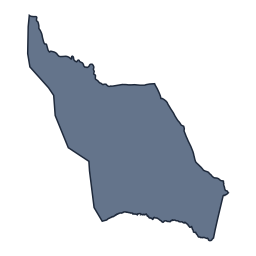 Massingir, Gaza, Mozambique
{"feature_id": "85939544B66771942168992", "entity_name": "Massingir", "entity_type": "district", "adm_level": 2, "iso_a3": "MOZ", "parent_name": "Mozambique", "parent_adm1": "Gaza", "projection": "orthographic", "projection_center": [32.187, -23.787], "detail": "fine", "context": "isolated", "style": "filled", "palette": "slate", "viewbox_px": 256, "rotation_deg": 0, "n_neighbors": 0, "source": "geoboundaries", "source_scale": "gbopen_adm2", "svg_char_len": 5717}
<svg xmlns="http://www.w3.org/2000/svg" viewBox="0 0 256 256"><path d="M29.3,15.4L28.2,26.7L27.7,53.6L29.9,66.9L48.6,87.8L53.7,95.4L55.2,115.5L68.3,147.7L88.9,161.3L89.5,170.8L94.1,207.6L102.2,221.2L106.7,220.0L107.8,219.0L108.7,218.4L109.2,218.3L110.0,217.8L110.8,217.6L111.0,217.3L111.3,217.1L111.6,217.1L111.7,216.9L112.1,216.7L112.6,216.8L112.9,216.5L113.5,216.6L114.9,215.5L115.1,215.5L115.2,215.3L115.4,215.3L115.7,214.9L116.1,215.0L116.3,214.8L116.3,214.6L116.6,214.5L116.7,214.2L117.1,214.1L117.6,214.2L118.0,213.7L118.8,213.4L118.9,213.5L119.1,213.3L119.8,213.1L121.2,212.9L121.7,213.1L121.9,212.9L122.8,212.7L122.9,212.4L123.3,212.3L123.8,212.0L124.0,211.9L124.4,212.0L124.9,211.8L125.2,211.8L125.5,211.9L125.8,212.1L126.0,212.0L126.4,212.2L126.8,212.1L127.0,212.3L127.9,212.3L128.5,212.6L129.4,212.6L129.7,212.8L130.1,212.7L130.3,212.8L130.5,213.0L130.8,213.1L131.3,213.0L132.5,213.2L132.6,213.6L132.7,213.9L133.1,213.8L133.4,214.0L133.7,213.8L133.9,214.0L134.4,214.0L135.1,214.2L135.5,214.0L136.1,214.1L136.6,214.5L137.1,214.4L137.3,214.7L137.8,213.8L138.1,213.7L138.5,213.9L139.9,213.5L140.6,213.7L140.7,213.8L140.8,214.1L141.1,214.4L141.0,214.6L141.9,214.4L142.2,214.5L142.4,214.5L142.6,214.8L143.2,214.6L143.5,214.7L143.7,214.4L143.8,214.3L144.3,214.7L144.5,214.8L144.8,214.5L145.2,214.6L145.5,214.3L145.8,214.4L146.0,214.2L146.2,214.3L146.4,214.2L146.5,214.6L147.0,215.0L147.0,215.3L147.2,215.8L147.7,215.8L147.6,216.2L148.5,216.7L148.7,217.1L149.0,217.3L149.1,217.7L149.4,217.9L150.2,218.1L150.4,218.1L150.6,217.9L150.8,217.9L151.4,218.3L152.0,218.6L152.3,219.0L152.4,219.3L152.7,219.4L153.2,218.9L153.4,217.9L153.7,217.6L153.9,217.6L154.0,217.8L154.3,217.4L154.5,217.5L154.8,217.7L155.2,217.8L156.2,218.1L156.7,217.9L157.3,218.2L158.9,219.2L159.9,220.1L161.3,220.9L161.6,221.6L162.3,221.8L162.9,222.3L163.4,222.1L163.8,221.6L164.1,221.4L164.2,221.1L165.1,220.8L166.5,220.9L167.0,221.4L167.7,221.4L168.1,221.6L168.9,221.4L169.6,221.7L170.2,221.7L170.9,221.1L170.9,220.7L171.1,220.6L171.8,220.3L172.3,220.4L172.4,219.9L172.8,219.8L173.6,220.3L174.8,220.0L176.0,220.7L177.6,220.8L178.2,221.0L178.5,221.3L178.9,221.4L179.1,221.7L179.3,221.7L180.8,221.9L181.9,221.7L182.2,221.9L182.9,222.5L183.7,222.7L183.8,222.9L184.1,223.0L184.3,223.0L184.5,222.4L184.9,222.3L185.6,222.6L186.1,223.4L186.6,223.5L186.9,223.9L187.8,224.4L188.3,225.6L189.0,226.2L189.7,227.2L190.2,227.3L191.6,226.6L191.9,227.7L192.2,228.1L192.2,228.5L192.4,228.8L192.5,229.4L193.1,230.1L193.4,231.5L193.5,232.0L194.4,232.4L195.2,232.3L195.7,232.4L195.8,233.0L196.4,233.6L196.5,234.1L197.2,234.7L197.5,235.4L197.7,235.6L198.2,236.6L198.6,236.8L198.7,237.0L198.9,237.1L199.8,237.0L200.1,237.1L200.4,237.5L200.6,237.6L201.7,237.5L202.1,237.7L202.4,237.7L202.5,237.5L203.0,237.5L203.3,237.6L203.6,237.4L204.2,237.4L204.9,237.8L205.6,238.0L206.6,238.4L207.1,238.4L207.6,238.2L208.1,238.8L208.5,239.9L208.9,240.3L209.4,240.6L210.6,240.6L211.2,240.4L211.7,240.0L212.2,239.2L212.9,238.5L213.2,238.1L213.5,238.0L215.2,229.6L217.8,218.1L223.1,195.9L223.4,195.5L224.0,195.2L224.5,195.5L224.8,195.5L225.3,194.8L225.6,194.7L226.2,194.6L227.3,193.8L227.9,193.2L228.3,192.8L228.0,192.6L227.6,191.6L227.3,191.1L226.0,190.7L225.5,190.4L225.1,189.9L224.6,188.4L224.5,187.4L223.7,185.0L223.6,184.0L223.8,183.2L223.7,183.1L223.3,182.1L223.5,181.4L223.5,181.2L223.3,181.0L222.9,180.9L221.3,180.7L220.9,180.6L220.4,180.3L218.6,178.8L217.6,178.3L216.3,178.0L214.7,177.9L214.2,177.8L213.2,177.2L211.9,176.0L210.9,174.7L209.5,173.6L208.5,172.3L206.9,171.6L205.2,171.1L204.4,170.6L203.6,170.4L202.3,168.7L200.8,167.0L199.9,166.2L199.4,165.6L198.8,165.1L197.9,164.2L197.1,163.5L195.8,162.1L195.3,160.9L194.8,159.3L194.1,156.2L193.8,155.3L193.6,154.0L192.9,151.6L190.9,146.6L188.5,141.7L188.1,140.9L187.2,138.7L186.3,136.8L185.2,133.9L184.2,131.4L184.1,131.0L184.1,130.2L184.2,129.7L184.3,128.8L184.2,128.2L183.7,126.3L183.0,125.9L181.5,125.3L181.1,124.9L179.8,122.9L178.9,121.7L178.2,121.0L177.1,119.5L174.9,115.9L173.5,113.1L170.8,109.0L168.9,105.8L168.0,104.4L167.1,102.4L166.4,101.6L165.9,101.0L164.1,99.6L162.3,98.5L161.7,98.4L161.3,98.6L160.9,98.5L160.4,96.1L159.2,93.0L157.2,88.7L155.5,85.7L154.7,84.1L154.6,83.7L149.7,84.0L148.6,84.2L146.3,84.6L144.9,85.1L144.2,85.2L140.0,85.2L134.5,84.7L131.0,84.9L128.4,84.9L126.3,84.6L122.4,84.5L112.8,86.1L111.3,86.2L110.8,86.0L110.2,86.3L109.1,86.4L108.4,86.3L107.9,86.0L107.1,85.4L106.0,84.2L104.0,84.2L103.1,84.6L102.4,84.4L101.6,83.7L100.8,83.2L99.6,82.8L98.2,81.3L97.8,80.7L96.4,79.8L95.6,79.2L95.4,78.7L95.3,78.0L95.5,75.9L95.4,75.4L94.9,74.7L94.0,74.4L93.9,74.2L93.7,73.7L94.0,72.2L94.2,71.6L94.1,71.0L93.7,70.4L93.4,69.3L93.4,68.9L93.8,67.9L93.8,66.8L93.5,66.1L93.2,65.4L92.6,64.7L92.1,64.2L90.9,64.2L90.2,64.4L89.6,65.0L89.3,65.7L88.8,66.5L87.4,67.4L87.0,67.5L86.7,67.4L85.9,67.0L85.3,67.2L85.0,67.2L84.6,66.9L84.0,66.2L83.6,65.5L83.5,64.8L83.2,64.1L82.7,63.3L82.2,62.8L80.7,62.1L79.7,61.6L79.5,61.3L79.2,60.5L78.7,60.1L78.2,60.2L77.8,60.3L77.5,60.6L77.3,61.0L77.0,61.5L76.6,61.8L75.3,61.3L74.9,60.9L74.1,60.1L73.8,59.6L73.4,57.2L73.0,56.6L72.5,56.2L72.0,56.3L71.7,56.6L71.6,57.0L71.7,57.8L71.7,58.5L71.5,58.9L71.2,59.0L70.9,58.9L70.3,58.5L70.0,57.9L68.0,56.8L67.1,56.5L66.1,56.3L65.3,56.3L62.8,56.5L60.3,56.6L58.9,56.2L58.6,56.0L57.3,54.5L56.7,53.6L56.1,53.1L55.0,52.4L54.1,52.0L51.8,51.4L50.9,51.2L50.4,51.3L49.7,52.0L49.2,51.8L48.3,50.5L48.0,49.9L46.5,44.5L46.3,44.2L46.0,44.1L44.7,43.9L44.0,42.9L43.6,41.8L43.2,40.3L42.5,37.6L42.0,34.9L41.6,33.5L40.8,31.6L40.2,30.4L39.9,29.9L39.3,29.1L38.8,28.3L38.9,27.2L38.8,25.4L38.3,23.1L37.8,21.8L36.9,21.1L36.5,20.5L36.5,19.1L36.8,17.8L36.7,17.3L36.5,16.9L35.9,16.6L33.3,16.6L30.9,16.3L30.0,15.9L29.3,15.4Z" fill="#64748b" stroke="#1e293b" stroke-width="1.5"/></svg>